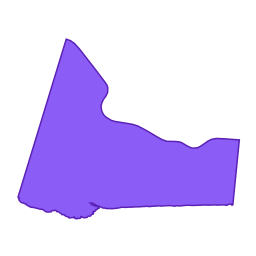 Ulimang, Ngaraard, Palau (Equal Earth projection), rotated 89°
{"feature_id": "81905179B13988178862867", "entity_name": "Ulimang", "entity_type": "district", "adm_level": 2, "iso_a3": "PLW", "parent_name": "Palau", "parent_adm1": "Ngaraard", "projection": "equal_earth", "projection_center": [134.641, 7.614], "detail": "fine", "context": "isolated", "style": "filled", "palette": "violet", "viewbox_px": 256, "rotation_deg": 89, "n_neighbors": 0, "source": "geoboundaries", "source_scale": "gbopen_adm2", "svg_char_len": 3403}
<svg xmlns="http://www.w3.org/2000/svg" viewBox="0 0 256 256"><g transform="rotate(89 128 128)"><path d="M191.1,22.7L141.8,16.9L141.8,17.5L140.5,31.5L140.0,39.7L140.8,44.7L142.6,48.5L144.7,51.5L146.5,54.2L147.6,55.8L148.9,58.8L149.2,61.3L149.2,64.1L148.4,66.4L146.9,69.3L143.5,74.7L142.7,77.5L142.3,80.8L142.0,89.0L141.4,91.1L139.8,94.9L136.2,101.0L131.0,109.4L126.2,118.1L124.5,123.1L123.1,130.3L121.2,141.1L120.0,144.7L118.5,147.1L116.6,150.0L114.2,152.2L111.7,153.5L109.2,154.2L105.5,154.6L102.5,153.7L99.2,152.2L95.3,149.3L92.2,147.8L87.2,147.5L84.3,148.5L81.1,150.7L68.5,159.9L48.1,175.2L42.8,179.8L39.7,183.9L38.1,188.2L195.0,239.1L195.4,239.0L195.6,239.0L195.6,238.5L195.9,238.2L196.1,238.3L196.3,238.1L196.6,238.0L197.1,238.3L197.9,238.3L198.4,238.0L198.8,237.7L199.1,237.5L199.5,237.1L199.9,236.8L200.2,236.4L200.5,236.2L200.6,235.8L200.9,235.3L201.1,234.7L201.2,234.2L201.3,233.5L201.6,233.3L201.9,232.6L202.1,231.4L202.3,231.5L202.6,231.2L203.0,231.0L203.5,230.2L204.0,229.3L204.4,228.4L204.9,227.7L205.4,226.7L205.6,226.2L205.6,225.7L205.6,225.1L205.8,224.8L205.7,224.5L205.8,223.6L206.0,223.4L206.2,222.5L206.3,221.9L206.5,221.2L206.7,220.6L206.8,219.9L207.1,219.2L207.3,218.7L207.4,218.1L207.4,217.7L207.6,217.1L207.7,216.5L207.8,215.9L207.8,215.3L207.9,214.8L208.1,214.4L208.6,214.0L208.7,213.5L209.0,213.1L209.6,212.6L210.0,212.0L210.3,211.4L210.5,210.5L210.7,209.3L210.6,208.6L210.5,207.4L210.3,206.9L210.4,206.6L210.2,206.6L210.2,206.4L209.9,205.9L209.7,205.7L209.4,205.4L209.3,204.8L209.2,203.6L209.2,202.9L209.0,202.6L209.0,201.9L209.4,201.1L209.8,201.1L210.1,200.6L210.3,200.6L210.3,200.3L210.5,199.8L210.5,198.8L211.9,197.4L212.6,196.2L213.2,195.6L213.4,195.6L213.4,194.1L213.6,194.0L213.6,193.3L214.1,193.1L214.9,192.1L215.3,191.2L215.7,190.3L215.8,189.3L216.3,188.7L216.6,188.8L216.9,188.1L217.0,187.5L216.7,187.0L216.6,186.0L216.7,185.0L216.6,184.3L216.4,183.9L216.0,183.5L216.5,182.8L217.4,182.7L217.6,182.1L217.9,181.3L217.7,180.7L217.7,179.9L217.3,179.5L217.6,178.5L217.5,177.5L217.1,177.0L216.6,176.5L215.9,176.7L215.7,176.0L216.1,175.7L217.0,173.7L216.9,172.9L216.9,171.9L216.6,170.5L215.5,169.5L215.5,167.6L215.2,166.9L214.5,166.7L214.3,166.1L213.8,165.8L213.4,164.2L212.3,163.9L212.2,164.6L211.2,164.5L210.8,163.7L210.7,162.6L210.2,161.8L209.2,161.8L208.8,160.2L208.3,160.1L207.5,158.2L206.5,158.2L205.8,160.7L205.5,161.8L204.9,163.2L203.7,166.2L202.8,166.0L202.4,166.7L202.3,164.9L203.7,162.7L205.1,160.2L206.0,158.0L206.3,156.9L207.3,155.1L207.6,153.9L207.7,152.5L208.1,151.3L208.2,150.3L208.2,149.1L208.3,146.8L208.4,144.8L208.2,142.9L208.1,141.1L207.9,139.6L207.6,137.7L207.2,136.1L207.1,134.9L207.3,132.8L207.3,130.1L207.1,128.1L207.2,125.0L207.0,123.0L207.0,120.7L207.0,118.0L206.8,115.1L206.8,113.2L206.6,111.3L206.8,109.3L206.8,108.5L207.0,106.9L206.6,105.7L206.6,104.0L206.6,101.0L206.3,98.8L206.7,96.1L206.5,94.3L206.4,92.4L206.4,90.3L206.3,88.4L206.4,86.5L206.6,84.4L207.0,83.4L207.0,82.4L206.6,81.3L206.6,79.9L206.8,78.0L206.7,75.5L206.5,73.7L206.3,70.9L206.3,69.1L206.4,67.3L206.6,63.9L206.5,60.3L206.4,56.3L206.3,53.0L206.5,49.5L206.5,47.5L206.4,43.5L206.6,40.1L206.6,37.8L206.5,35.2L206.6,32.7L206.7,32.2L207.0,31.5L207.0,30.7L206.6,30.0L206.4,29.4L206.0,28.2L205.9,27.5L205.9,26.9L205.9,26.2L205.8,25.6L205.9,25.1L206.2,25.1L206.4,25.3L206.7,25.6L207.0,25.4L206.8,24.9L206.6,24.5L191.1,22.7Z" fill="#8b5cf6" stroke="#5b21b6" stroke-width="1.5"/></g></svg>